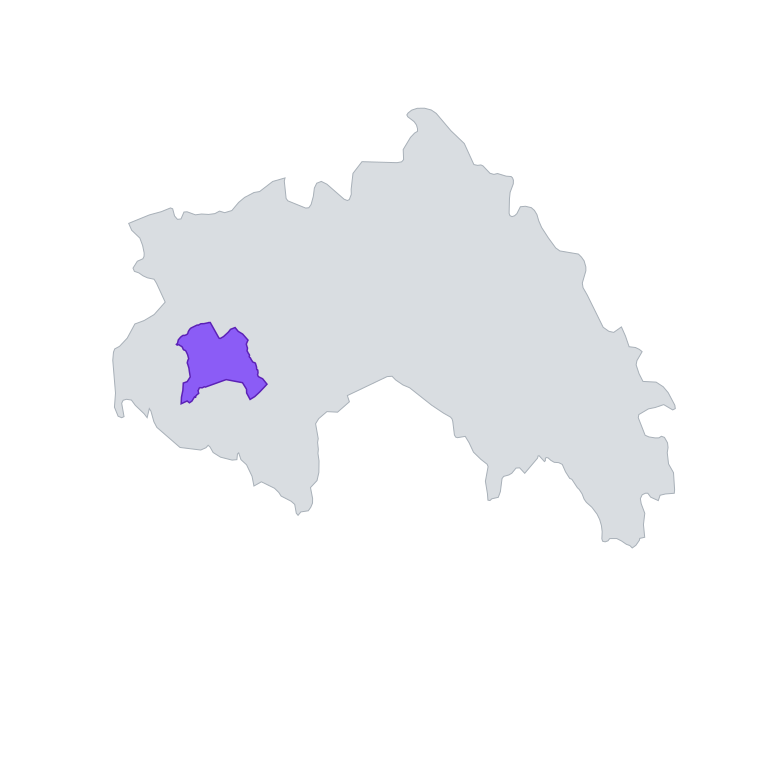 Télimélé highlighted on a map of Guinea, rotated 335°
{"feature_id": "GIN-5660", "entity_name": "Télimélé", "entity_type": "Prefecture", "adm_level": 1, "iso_a3": "GIN", "parent_name": "Guinea", "parent_adm1": "", "projection": "equal_earth", "projection_center": [-13.393, 10.882], "detail": "fine", "context": "in_parent", "style": "filled", "palette": "violet", "viewbox_px": 768, "rotation_deg": 335, "n_neighbors": 0, "source": "natural_earth", "source_scale": "10m", "svg_char_len": 5849}
<svg xmlns="http://www.w3.org/2000/svg" viewBox="0 0 768 768"><g transform="rotate(335 384 384)"><path d="M458.7,519.2L453.4,518.3L451.0,519.6L444.0,530.7L439.7,535.0L433.2,533.6L430.8,534.4L429.1,533.2L431.4,527.1L434.8,515.0L443.4,502.9L443.6,500.4L440.0,493.3L436.3,483.6L436.3,473.3L435.5,465.8L427.9,463.7L426.5,462.4L426.3,459.9L430.5,447.0L430.9,444.4L430.3,442.1L425.6,435.5L418.2,423.3L405.6,398.2L400.8,392.9L396.3,385.3L394.6,380.4L389.9,378.6L345.9,379.0L345.1,385.5L330.0,389.9L320.6,384.9L310.2,387.8L305.2,391.1L301.3,405.7L299.1,408.9L296.9,415.4L294.8,419.0L292.6,426.3L287.6,436.6L282.5,443.2L273.6,446.8L270.9,457.6L268.9,461.7L265.5,464.8L261.8,466.9L254.6,464.8L250.6,466.7L249.9,464.0L252.2,455.4L250.3,451.0L243.4,442.1L242.8,437.8L240.7,432.2L231.5,420.8L223.0,421.5L225.4,411.9L225.3,399.1L222.4,392.1L223.2,385.0L221.6,385.5L218.7,390.4L214.2,388.8L204.9,381.2L200.2,373.9L199.7,367.6L198.7,365.2L195.8,366.5L190.0,366.4L172.3,355.3L159.8,327.3L159.5,321.0L161.3,310.1L160.9,307.1L155.1,314.4L154.0,309.5L149.6,298.3L148.3,291.8L144.1,289.0L140.7,288.5L138.1,290.6L134.6,303.7L132.0,303.7L129.4,300.8L129.9,291.1L136.8,278.8L148.2,247.9L152.3,240.8L154.8,238.4L160.2,238.1L170.7,233.9L183.6,224.3L193.4,225.1L205.1,223.9L220.3,217.3L220.4,196.6L219.9,191.9L214.5,187.8L211.4,184.2L208.7,179.6L205.4,176.4L205.5,172.9L212.3,168.5L218.4,168.6L220.5,166.9L222.0,163.9L223.8,156.4L224.4,148.6L220.3,138.0L220.5,130.5L242.8,131.6L255.0,133.7L264.9,134.2L266.5,135.9L265.2,143.2L266.4,147.5L269.8,148.6L275.4,143.6L278.3,144.7L284.6,151.0L290.4,152.8L296.7,156.2L302.7,158.1L308.0,157.8L312.0,161.4L319.4,162.5L329.0,158.0L336.5,156.0L347.1,155.5L352.6,157.0L368.7,153.4L381.4,155.4L379.4,157.9L373.7,174.5L374.3,177.4L387.3,191.4L390.3,192.5L393.8,190.5L399.3,184.0L403.7,177.0L407.9,173.6L412.8,173.9L416.7,178.8L425.9,199.6L428.3,202.2L430.5,202.2L434.5,198.3L436.5,193.7L444.9,180.0L458.0,173.2L489.3,188.9L493.9,190.1L496.6,188.9L500.5,179.6L512.2,171.7L517.8,169.5L521.1,169.2L522.3,166.7L522.9,162.9L522.2,159.0L518.5,151.9L518.4,149.8L520.5,148.5L524.9,147.5L530.7,148.2L537.3,151.2L542.6,155.6L545.7,160.8L551.7,182.8L558.4,200.0L558.2,223.1L561.2,225.4L564.4,226.4L565.9,228.2L569.1,237.8L572.2,240.5L575.8,241.2L582.6,247.3L586.9,249.7L587.6,251.5L587.4,254.0L585.8,257.2L579.3,263.6L576.0,269.1L569.5,282.2L569.3,284.6L570.7,286.4L573.5,286.7L576.4,285.8L582.5,281.0L587.3,282.7L592.0,286.4L593.7,290.2L594.2,295.1L593.2,301.6L593.0,308.7L594.7,321.0L597.1,333.2L599.6,337.7L615.1,348.4L616.6,352.5L617.4,357.0L616.4,363.2L614.8,366.7L606.4,376.3L605.1,380.8L605.8,389.3L606.6,425.2L610.0,431.2L614.0,434.3L623.3,432.6L623.1,442.6L621.9,453.8L627.3,457.2L630.1,460.6L631.6,463.8L623.1,469.7L620.6,473.2L619.5,482.5L619.8,491.1L631.4,497.3L635.9,504.5L637.9,512.0L638.6,526.2L637.6,529.4L634.7,529.5L628.8,520.9L619.8,519.9L613.2,518.3L602.0,519.4L600.2,522.0L599.0,540.8L601.7,543.9L607.0,547.5L610.4,549.0L613.3,548.6L615.6,550.9L616.1,557.1L614.6,561.6L611.7,565.9L608.1,576.7L608.9,586.7L602.7,602.6L600.9,605.7L592.6,602.6L587.2,601.5L583.3,605.6L577.9,599.3L576.9,594.5L574.9,593.5L571.2,593.5L567.9,596.2L566.5,601.2L565.7,611.4L559.7,621.1L555.5,633.1L550.5,632.0L549.5,633.5L544.2,636.6L539.7,637.5L538.5,634.3L535.9,631.7L532.9,626.6L529.6,622.4L523.2,619.5L520.7,620.8L517.7,620.5L515.7,618.9L516.0,616.4L519.3,610.1L521.2,604.3L522.2,598.0L522.1,592.0L520.3,583.5L517.4,576.8L516.7,572.9L517.1,567.4L516.4,562.2L515.4,559.6L514.0,549.8L512.4,548.0L511.4,540.2L511.6,532.2L509.1,529.1L505.2,526.9L503.0,523.8L501.5,520.3L500.1,519.3L498.9,519.5L497.8,521.7L496.6,522.1L494.3,514.6L493.3,514.3L491.8,516.1L473.8,524.4L471.5,517.3L468.1,516.0L462.1,518.9L458.7,519.2Z" fill="#d9dde1" stroke="#a8b0b8" stroke-width="1"/><path d="M272.9,269.9L274.1,274.7L277.0,279.0L279.3,286.8L279.0,287.0L276.5,289.2L276.1,289.7L275.9,290.2L275.9,290.8L275.7,291.5L275.5,293.7L274.6,295.1L274.1,295.7L273.9,296.2L273.9,296.7L274.0,297.2L274.0,298.6L274.1,299.1L274.3,300.2L274.3,300.9L274.1,301.4L273.6,301.9L273.4,302.4L273.4,302.8L273.5,303.2L273.8,303.5L273.9,303.9L274.0,304.4L273.9,305.4L274.0,306.0L274.2,307.0L274.2,308.1L274.4,308.5L274.6,308.9L275.1,309.4L275.4,309.7L275.7,309.9L276.0,310.2L276.1,310.6L276.2,311.1L275.7,314.5L275.5,315.2L275.2,315.9L274.9,316.5L274.8,317.1L274.9,317.4L275.2,317.5L275.4,317.7L275.4,318.3L274.6,320.5L274.2,321.1L273.8,321.6L273.4,322.0L273.3,322.5L273.2,323.5L273.3,324.0L273.5,324.4L273.7,324.8L273.9,325.1L276.2,327.9L277.9,334.7L275.3,335.8L267.7,338.8L261.5,340.8L256.1,341.4L255.9,337.6L255.7,334.1L257.2,330.6L256.3,323.0L242.8,313.3L228.5,312.0L220.8,311.3L220.1,310.6L219.3,310.5L218.1,310.7L217.4,310.5L215.6,309.5L214.9,309.6L214.3,310.0L213.8,310.6L213.3,311.0L212.7,311.3L212.1,314.2L209.5,314.8L209.2,315.0L208.3,315.4L208.0,315.8L207.8,316.3L207.6,316.4L207.3,316.3L206.8,315.6L202.7,318.3L199.7,318.8L198.4,316.2L191.8,316.2L194.9,310.3L199.0,304.8L202.5,298.3L206.6,298.7L211.4,295.7L212.8,290.7L213.9,287.2L214.5,283.0L214.5,282.1L214.7,281.5L216.0,279.9L216.6,279.3L217.3,278.9L217.5,278.7L217.7,278.3L218.4,274.5L218.4,273.6L218.4,271.6L218.4,270.8L218.3,270.2L218.2,269.8L217.4,268.9L217.1,268.7L216.9,268.3L216.7,267.7L216.8,265.6L216.7,265.0L215.9,263.6L215.4,263.0L214.8,261.8L214.5,261.6L213.6,261.5L213.2,261.4L212.9,261.2L212.6,260.3L213.9,260.0L215.2,258.4L216.2,257.1L219.4,255.6L222.0,255.0L222.6,255.1L222.9,255.2L223.2,255.4L223.5,255.6L224.8,255.8L225.6,255.8L226.7,255.7L227.3,255.4L227.8,255.0L228.3,254.3L229.0,253.6L230.7,252.5L231.7,252.0L232.8,251.7L238.7,251.6L239.5,251.6L240.0,251.8L240.4,252.2L243.5,252.0L246.3,253.2L250.5,254.2L251.1,254.2L251.4,254.4L252.5,254.8L253.8,272.3L253.9,272.7L254.6,273.4L255.1,273.5L258.6,273.2L264.6,271.3L267.3,270.0L267.9,269.6L272.9,269.9Z" fill="#8b5cf6" stroke="#5b21b6" stroke-width="1.5"/></g></svg>